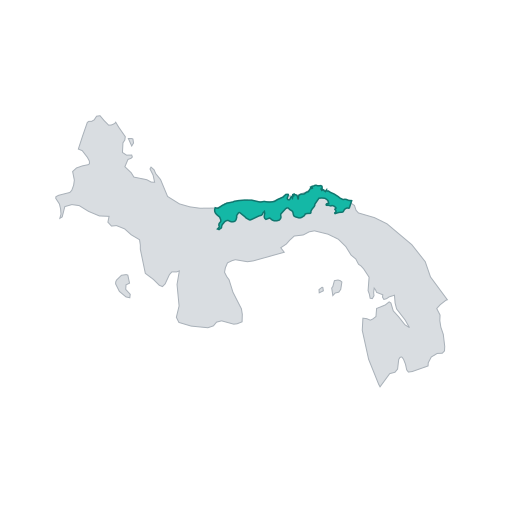 location of Colón within Panama, rotated 18°
{"feature_id": "PAN-1337", "entity_name": "Colón", "entity_type": "Province", "adm_level": 1, "iso_a3": "PAN", "parent_name": "Panama", "parent_adm1": "", "projection": "orthographic", "projection_center": [-79.901, 9.122], "detail": "fine", "context": "in_parent", "style": "filled", "palette": "teal", "viewbox_px": 512, "rotation_deg": 18, "n_neighbors": 0, "source": "natural_earth", "source_scale": "10m", "svg_char_len": 6755}
<svg xmlns="http://www.w3.org/2000/svg" viewBox="0 0 512 512"><g transform="rotate(18 256 256)"><path d="M451.5,238.5L450.2,239.5L446.3,245.3L444.1,250.1L449.3,255.3L450.8,260.7L453.8,266.6L458.3,272.6L463.4,283.6L464.6,288.0L463.2,290.9L458.4,292.7L453.9,297.9L452.8,304.3L453.6,307.4L440.3,317.6L436.8,319.3L434.5,317.7L431.6,312.7L428.2,308.6L426.3,307.2L425.3,307.1L424.2,308.1L423.7,310.3L425.6,319.8L424.1,323.6L419.5,326.6L414.4,342.1L412.3,340.1L395.0,319.4L380.0,293.8L376.9,282.1L380.7,281.4L384.5,281.7L386.5,279.9L388.8,276.5L386.9,268.6L394.1,262.6L396.8,258.5L398.8,259.0L403.5,265.8L410.4,269.7L418.9,275.4L424.1,276.7L417.5,270.7L406.1,262.9L402.8,257.7L399.8,250.5L395.3,253.7L393.3,256.3L391.0,257.8L389.0,256.0L388.6,253.7L381.9,253.3L380.1,251.2L378.3,250.0L379.2,254.5L380.5,257.3L379.8,260.6L377.6,260.9L375.7,257.4L373.3,254.3L370.1,241.2L362.4,235.0L358.9,233.0L356.1,232.2L351.8,228.0L346.2,225.8L338.5,219.3L329.1,214.6L317.7,213.0L303.8,214.0L299.1,216.6L295.9,219.9L294.4,221.4L286.2,225.2L283.1,230.7L281.1,235.3L277.0,240.5L281.7,243.7L254.9,261.5L249.6,264.1L237.5,265.9L234.7,267.8L231.0,271.3L230.5,276.6L231.1,281.2L234.6,284.7L237.7,286.9L245.2,297.5L258.5,310.8L261.0,315.7L263.1,322.9L259.0,326.3L255.9,327.7L243.3,328.3L238.9,331.1L237.1,335.6L232.4,339.1L216.0,342.7L203.2,343.0L199.2,338.9L198.3,327.3L189.7,307.5L187.7,293.9L185.5,295.6L180.9,297.1L179.4,300.5L178.2,310.6L176.5,314.0L173.0,313.7L165.7,310.0L156.1,306.7L143.9,285.3L142.6,281.3L140.2,276.5L130.8,274.4L122.7,270.8L113.9,270.2L109.3,272.2L104.7,269.6L104.0,263.7L94.7,266.3L82.9,265.3L72.3,262.7L65.0,264.0L58.9,268.1L59.6,278.7L57.8,280.8L57.6,276.4L55.5,271.4L53.0,267.3L47.7,263.0L47.4,261.4L49.6,259.2L59.3,253.1L60.5,250.5L60.7,245.1L59.8,240.0L55.5,232.3L58.1,227.7L63.1,223.9L68.2,221.0L69.1,219.7L68.2,217.2L65.2,214.3L58.2,209.5L54.0,209.2L54.0,195.6L54.3,181.1L55.4,179.6L58.0,178.8L60.0,176.6L61.2,172.3L64.3,170.8L69.8,174.2L75.4,177.1L77.8,176.2L79.5,174.8L80.8,173.4L81.2,172.1L85.7,176.0L94.8,182.9L95.4,186.2L94.5,189.5L97.0,198.8L101.7,200.1L106.6,198.4L107.8,200.1L106.9,201.8L104.4,203.7L103.7,211.6L111.6,215.4L115.5,218.7L128.6,217.2L133.5,218.1L136.8,217.2L133.1,210.8L128.3,206.0L128.7,203.9L132.4,205.5L135.2,208.7L141.6,212.8L153.5,226.7L167.1,230.1L177.9,229.7L187.9,227.9L204.0,222.5L215.6,212.8L224.8,208.5L254.8,199.3L265.5,189.6L270.0,188.3L274.2,187.1L283.7,179.8L288.7,174.1L294.0,171.2L309.9,173.3L320.1,176.0L327.2,175.6L334.0,177.5L337.0,181.6L340.1,183.4L356.8,182.9L370.6,184.9L400.7,197.1L418.7,209.1L428.4,222.0L451.5,238.5ZM148.9,334.7L145.0,335.1L137.0,331.9L131.1,325.9L130.6,324.0L130.8,322.0L134.0,315.9L138.3,313.8L140.0,313.8L144.1,320.9L141.3,323.6L142.4,328.0L148.2,331.3L148.9,334.7ZM342.7,266.8L341.3,269.9L337.9,263.1L338.5,261.3L338.2,255.2L341.4,253.5L343.7,253.4L345.7,254.2L346.9,261.5L345.9,264.8L342.7,266.8ZM104.6,186.4L103.8,189.8L98.3,183.7L101.6,182.7L102.8,182.8L104.6,186.4ZM330.8,268.3L327.5,271.5L326.3,268.5L328.5,265.3L329.3,265.3L330.8,268.3Z" fill="#d9dde1" stroke="#a8b0b8" stroke-width="1"/><path d="M222.5,208.6L227.7,206.4L234.7,204.2L243.0,203.5L244.1,203.1L246.4,201.8L247.1,201.5L249.6,201.2L252.3,200.5L254.6,199.5L256.7,198.4L259.2,195.5L262.0,193.0L263.8,191.3L264.0,190.5L265.4,188.2L267.2,187.5L267.7,187.5L267.9,188.2L267.8,190.9L267.9,191.6L268.3,192.1L268.9,192.5L269.7,192.5L270.4,192.2L270.9,190.8L271.0,189.4L271.4,188.7L272.8,189.7L272.7,189.0L272.5,187.8L272.3,187.2L272.5,187.3L272.8,187.6L273.3,187.2L272.4,185.9L273.1,185.2L273.9,185.6L275.3,185.5L276.8,186.2L278.1,188.4L278.7,189.2L278.4,187.6L278.0,186.5L278.0,185.5L278.7,184.2L279.7,183.3L281.9,182.5L283.1,181.7L283.4,181.0L283.5,180.7L283.8,180.5L284.3,179.8L284.9,179.4L286.0,178.6L286.4,176.8L286.9,175.0L288.2,174.5L288.7,174.0L288.4,173.6L287.6,173.9L287.0,174.1L286.6,173.6L287.0,173.3L287.4,173.0L287.8,172.3L288.9,171.8L289.7,171.2L290.3,170.5L291.6,170.1L292.7,170.2L294.1,169.8L295.9,169.0L297.2,169.3L297.6,170.2L297.9,170.9L298.0,171.4L297.2,171.8L297.2,172.3L297.9,172.6L298.2,173.3L298.5,173.1L298.8,172.9L299.0,172.7L299.2,172.3L299.7,172.3L300.1,172.6L300.7,172.9L302.1,173.3L302.2,172.7L302.7,171.3L303.0,172.0L303.5,172.2L304.0,172.2L304.6,171.8L307.3,172.5L311.2,172.9L315.8,174.1L318.1,175.0L321.4,175.4L322.7,174.7L324.1,174.3L325.7,174.4L326.9,174.5L328.2,174.2L329.5,173.8L329.9,173.8L329.9,175.3L329.9,181.3L329.6,181.8L329.0,182.0L328.4,182.0L327.9,182.2L327.2,182.6L326.6,183.2L325.8,184.4L325.6,185.1L325.4,186.2L325.3,186.7L325.1,187.1L324.7,187.5L324.0,187.9L322.7,188.4L321.5,188.9L319.5,190.2L318.2,191.2L317.9,191.2L317.6,190.5L318.1,189.9L318.2,189.5L318.3,189.1L318.2,188.6L317.9,188.1L317.5,187.7L316.9,187.5L316.6,187.3L316.6,186.9L317.1,186.1L317.3,185.7L316.9,185.3L316.2,185.0L314.5,184.4L313.3,184.4L312.5,184.6L311.8,185.2L311.3,185.3L309.6,185.3L309.0,185.5L307.8,185.9L307.3,186.0L307.0,185.8L306.8,185.3L306.9,184.9L307.1,184.5L307.5,184.2L308.4,183.9L308.7,183.7L308.9,183.5L308.7,183.2L308.0,182.2L307.8,181.8L307.3,181.2L306.7,180.7L305.5,180.3L303.8,179.8L300.6,180.5L298.0,181.6L296.1,188.0L296.0,188.7L296.0,189.3L296.2,189.5L296.2,190.3L295.9,191.4L294.9,193.9L294.6,195.4L294.4,196.5L294.8,197.8L294.7,198.3L294.3,198.7L293.3,199.1L292.1,199.5L290.9,200.1L290.4,200.5L289.9,200.7L289.5,202.7L287.5,205.2L286.2,206.1L285.0,206.5L281.3,206.6L279.7,206.2L278.9,205.3L277.6,203.0L276.8,202.3L276.0,201.9L274.0,201.5L271.8,200.4L270.6,200.7L269.6,201.8L266.6,208.4L266.9,209.7L267.5,210.8L267.8,211.6L267.8,212.7L267.4,213.9L267.0,214.7L264.9,216.1L262.3,216.9L260.3,216.8L257.3,215.6L254.1,218.1L253.2,217.7L252.6,217.4L252.2,216.9L251.7,216.2L251.2,213.7L251.2,212.9L250.2,211.0L249.4,212.5L249.1,214.6L248.6,215.5L248.0,216.0L247.3,216.4L246.3,217.1L240.6,222.5L239.5,223.4L238.5,223.7L237.8,223.5L236.1,223.2L234.5,222.8L233.6,222.2L227.1,219.7L226.5,219.9L226.0,220.4L225.2,223.1L225.1,223.8L225.2,224.1L225.5,224.5L225.7,225.1L225.8,227.4L225.6,228.5L225.1,229.5L224.2,230.2L223.2,230.7L222.0,231.1L221.0,231.1L220.2,231.0L218.8,230.8L218.1,230.9L217.3,231.3L216.2,232.3L215.5,233.3L214.9,235.0L214.2,236.5L214.1,237.9L214.2,238.7L214.4,239.6L214.2,240.3L213.4,241.2L212.7,242.3L211.0,242.2L212.1,240.0L212.0,239.5L211.9,239.1L211.5,238.7L211.1,238.1L210.9,236.7L211.1,235.9L211.5,235.0L211.8,233.9L211.5,232.9L211.0,232.1L209.5,230.3L208.9,230.0L208.1,229.7L206.9,229.2L205.7,228.7L204.3,227.8L203.8,227.3L203.1,226.5L202.7,225.6L202.4,225.0L202.3,223.5L202.3,223.3L202.3,222.7L203.5,222.7L205.1,222.3L205.8,221.4L206.4,220.7L207.9,218.8L208.7,217.8L209.4,217.3L209.7,217.1L209.9,216.6L210.3,216.1L210.9,215.8L212.0,214.6L213.7,213.8L216.3,212.3L217.2,211.9L218.4,210.7L222.5,208.6Z" fill="#14b8a6" stroke="#0f766e" stroke-width="1.5"/></g></svg>